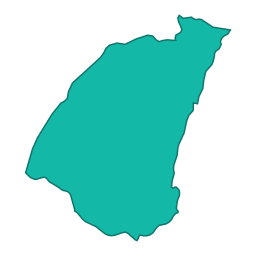 the Region of Guidimaka
{"feature_id": "MRT-2790", "entity_name": "Guidimaka", "entity_type": "Region", "adm_level": 1, "iso_a3": "MRT", "parent_name": "Mauritania", "parent_adm1": "", "projection": "albers", "projection_center": [-12.01, 15.395], "detail": "fine", "context": "isolated", "style": "filled", "palette": "teal", "viewbox_px": 256, "rotation_deg": 0, "n_neighbors": 0, "source": "natural_earth", "source_scale": "10m", "svg_char_len": 1752}
<svg xmlns="http://www.w3.org/2000/svg" viewBox="0 0 256 256"><path d="M34.8,179.4L30.4,177.5L25.6,172.8L32.5,149.0L37.5,137.8L51.9,114.4L60.9,103.1L64.5,101.2L67.3,98.4L68.5,91.6L72.5,83.0L100.5,57.5L103.9,52.7L105.9,48.4L109.5,45.2L116.9,43.1L125.2,44.3L136.3,38.9L147.7,35.2L152.7,36.0L155.9,39.7L159.0,41.6L163.2,40.4L167.7,39.8L172.2,40.3L175.7,40.3L175.2,37.5L176.1,34.8L178.4,33.8L180.7,32.3L181.9,29.5L180.5,25.7L178.7,22.0L177.8,18.1L179.2,15.4L181.1,16.6L183.0,18.3L191.6,17.2L193.7,19.0L196.5,19.6L199.0,19.1L201.4,19.5L212.9,27.2L230.4,30.0L227.8,34.0L223.5,36.3L221.7,38.4L220.5,41.0L220.7,42.9L221.2,44.5L219.2,48.7L215.5,51.5L214.5,53.7L214.4,56.0L213.5,60.1L212.0,64.4L205.8,71.4L203.8,79.9L202.8,88.6L198.9,96.5L197.5,103.7L193.3,103.0L193.3,108.9L193.0,110.7L188.8,115.3L186.7,120.8L184.1,132.9L178.6,144.8L177.9,147.6L177.0,155.7L173.9,164.8L173.5,168.4L173.6,170.0L174.1,172.3L174.0,174.1L172.1,181.0L171.7,186.1L171.4,187.0L173.0,188.2L174.1,187.8L175.0,187.0L176.0,187.0L177.9,188.6L179.2,190.5L179.6,192.9L179.3,196.0L178.0,198.7L177.2,201.7L176.4,207.9L176.5,208.9L176.9,209.7L178.1,211.3L178.1,212.4L177.2,213.0L176.0,213.3L175.3,213.6L174.8,214.4L173.9,215.3L173.1,216.4L172.4,218.0L171.1,220.2L168.7,222.4L165.7,224.0L159.1,225.4L156.7,227.5L152.8,232.9L149.9,234.9L146.7,235.8L143.4,235.8L140.3,235.0L139.1,235.9L138.2,238.6L136.9,240.6L135.1,239.7L128.1,233.4L125.6,232.1L122.1,232.7L115.0,235.2L111.4,235.7L107.8,235.1L104.9,233.7L95.8,226.5L85.4,221.6L82.6,219.1L77.0,212.4L74.7,211.1L74.6,209.2L70.8,195.6L70.1,193.9L68.6,192.3L66.9,191.3L63.0,190.4L61.3,189.4L58.4,187.2L49.4,181.8L47.2,179.1L45.9,177.8L44.4,177.2L41.9,177.6L36.7,179.2L35.0,179.4L34.8,179.4Z" fill="#14b8a6" stroke="#0f766e" stroke-width="1.5"/></svg>